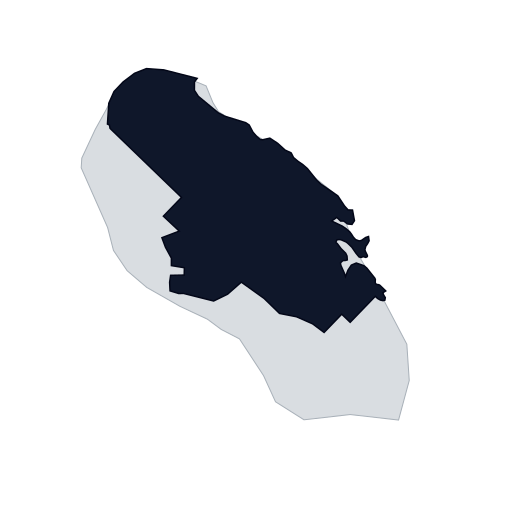 Qatar, with Ar Rayyān highlighted, rotated 134°
{"feature_id": "QAT-1100", "entity_name": "Ar Rayyān", "entity_type": "Municipality", "adm_level": 1, "iso_a3": "QAT", "parent_name": "Qatar", "parent_adm1": "", "projection": "robinson", "projection_center": [50.968, 25.185], "detail": "fine", "context": "in_parent", "style": "filled", "palette": "ink", "viewbox_px": 512, "rotation_deg": 134, "n_neighbors": 0, "source": "natural_earth", "source_scale": "10m", "svg_char_len": 2197}
<svg xmlns="http://www.w3.org/2000/svg" viewBox="0 0 512 512"><g transform="rotate(134 256 256)"><path d="M276.6,459.6L255.6,465.2L235.8,471.2L219.3,471.0L206.0,468.7L197.2,462.9L180.2,439.9L168.3,410.1L175.6,393.5L178.2,383.2L162.0,304.7L156.7,244.4L158.6,232.0L167.9,217.8L183.3,186.4L191.5,156.1L214.7,86.2L239.1,59.3L275.0,39.5L304.6,78.1L340.5,107.7L347.3,140.7L336.8,167.5L327.1,210.3L333.0,230.0L335.2,247.0L345.0,275.6L354.5,312.7L356.1,338.5L351.0,362.4L338.6,382.5L314.0,443.0L306.6,449.3L276.6,459.6Z" fill="#d9dde1" stroke="#a8b0b8" stroke-width="1"/><path d="M223.1,472.5L209.0,470.3L197.3,465.0L186.2,451.7L169.1,421.7L173.5,421.2L179.6,415.4L181.2,408.4L179.2,382.6L177.2,375.7L167.2,355.9L166.5,351.9L169.0,344.3L169.5,339.0L169.3,334.1L167.8,332.0L161.6,327.9L159.9,318.7L159.6,308.7L157.4,302.3L159.1,297.4L158.7,291.7L157.7,285.6L157.4,279.7L159.3,265.0L159.2,259.3L155.9,238.9L158.5,227.2L158.9,221.8L155.9,218.5L162.2,209.7L166.6,208.9L169.3,212.3L170.0,217.3L172.1,219.4L172.1,224.7L178.3,225.9L174.6,214.9L173.8,210.2L173.5,205.3L174.0,202.3L174.8,199.1L175.0,195.7L173.5,192.3L171.6,191.0L166.5,190.0L163.8,188.6L166.5,185.2L169.6,184.3L172.8,183.8L175.9,182.0L176.7,180.5L178.2,176.3L179.1,175.5L180.7,176.0L182.1,178.6L183.9,179.2L185.1,181.2L184.6,185.8L183.1,193.2L183.1,198.8L183.3,200.8L185.2,206.0L186.3,207.5L188.0,209.0L190.3,208.3L190.8,207.6L190.6,206.2L191.6,199.9L191.7,193.4L192.8,190.5L195.4,187.6L197.0,188.5L199.0,190.3L202.2,190.5L203.7,188.6L206.9,180.7L208.7,177.3L202.3,180.0L196.3,181.1L191.4,179.0L188.0,171.7L187.7,167.9L189.4,155.1L190.0,153.8L192.3,151.8L192.8,150.4L192.5,149.3L191.3,147.7L191.0,146.5L191.0,138.4L194.3,139.2L195.4,137.0L196.1,134.1L198.3,132.6L199.9,133.6L201.3,135.9L202.1,139.0L202.2,142.2L238.3,142.2L238.3,153.9L263.7,153.9L265.5,168.2L271.6,184.7L281.0,199.2L280.9,220.7L285.0,248.4L303.2,249.9L317.8,255.2L333.3,282.2L336.6,285.4L340.8,293.6L334.9,299.9L329.2,304.0L319.6,294.4L314.2,299.4L321.7,310.2L316.3,315.4L312.6,327.2L308.2,336.4L291.4,328.5L291.7,350.3L265.6,350.3L265.6,449.6L263.6,452.4L264.2,454.2L264.3,454.5L248.4,468.0L236.3,472.4L223.1,472.5Z" fill="#0f172a" stroke="#020617" stroke-width="1.5"/></g></svg>